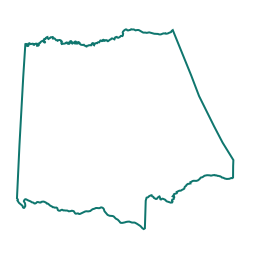 the district of Apuí, Amazonas, Brazil, rotated 93°
{"feature_id": "56859067B24093092109347", "entity_name": "Apuí", "entity_type": "district", "adm_level": 2, "iso_a3": "BRA", "parent_name": "Brazil", "parent_adm1": "Amazonas", "projection": "robinson", "projection_center": [-59.713, -7.593], "detail": "fine", "context": "isolated", "style": "outline", "palette": "teal", "viewbox_px": 256, "rotation_deg": 93, "n_neighbors": 0, "source": "geoboundaries", "source_scale": "gbopen_adm2", "svg_char_len": 5762}
<svg xmlns="http://www.w3.org/2000/svg" viewBox="0 0 256 256"><g transform="rotate(93 128 128)"><path d="M46.3,191.4L46.3,190.8L46.5,190.7L47.0,191.1L47.1,192.2L46.9,192.4L46.6,193.2L46.1,193.4L45.8,193.6L45.8,193.8L46.2,194.6L46.6,194.9L47.0,195.5L47.2,197.1L47.6,198.5L46.8,199.0L46.5,198.9L46.2,198.6L45.9,198.6L45.2,199.3L44.8,199.2L44.7,199.0L44.0,199.8L43.7,200.9L43.8,201.7L44.1,202.1L44.2,202.7L44.5,202.9L44.3,203.2L44.0,203.3L44.1,204.3L42.5,205.9L42.2,206.7L42.3,207.0L42.6,207.3L42.6,207.7L41.7,208.0L41.4,207.8L41.1,207.9L41.1,208.2L41.4,209.0L41.4,209.8L41.6,210.1L42.2,210.6L42.7,211.8L43.1,211.8L43.3,212.0L43.2,212.2L42.6,212.7L42.3,213.2L41.4,213.3L41.6,213.8L42.3,214.7L43.3,215.0L43.5,215.2L43.4,215.7L43.4,216.2L44.4,216.7L44.7,216.8L45.1,216.5L45.5,216.5L46.2,215.5L46.6,215.3L46.9,215.4L47.0,215.7L46.9,216.0L46.4,216.7L45.7,217.0L45.4,217.7L45.8,218.6L46.7,219.8L47.6,220.2L47.8,221.0L48.5,221.1L49.1,222.3L49.3,222.4L49.3,221.9L49.5,221.6L49.8,221.5L50.1,221.5L50.6,222.3L50.6,223.1L50.2,223.1L49.5,223.3L49.3,223.3L49.1,223.0L48.8,223.1L48.6,223.3L48.6,224.2L48.6,224.5L49.0,225.1L49.0,225.8L49.3,225.5L49.5,225.6L49.7,225.8L49.9,226.1L49.8,226.6L49.5,226.6L49.0,226.3L49.0,227.1L48.8,227.5L48.9,227.8L49.0,228.5L49.3,229.4L49.2,230.1L48.6,230.6L48.5,230.9L48.9,231.7L49.9,231.7L50.4,232.0L50.8,231.7L51.2,231.9L51.4,232.4L51.3,233.0L51.1,233.5L50.7,233.6L49.7,233.3L49.5,233.5L49.4,234.4L49.6,234.9L82.4,235.3L150.7,235.5L204.1,235.2L205.1,234.3L205.7,234.2L206.2,234.6L208.4,233.0L211.0,229.6L211.5,229.2L212.8,228.7L213.2,228.1L213.1,227.4L211.3,226.5L209.3,226.7L208.7,226.9L208.2,227.1L207.1,227.9L206.5,228.2L205.4,227.7L204.8,227.3L204.5,226.6L204.6,225.9L205.5,224.0L206.4,221.4L207.2,220.2L207.4,218.9L207.7,218.2L208.2,217.7L208.3,217.0L208.0,216.3L207.6,215.7L207.1,215.3L206.7,214.8L206.7,213.7L206.9,212.9L207.1,211.9L206.9,211.1L206.3,210.7L205.9,208.8L206.1,207.6L207.1,205.4L207.4,205.4L207.7,205.1L207.9,203.7L209.5,201.8L210.5,199.6L211.0,199.1L211.0,198.1L211.4,196.9L211.2,195.5L211.4,194.9L211.8,194.4L213.3,193.9L213.8,193.5L214.1,192.9L214.2,192.2L214.1,191.4L213.3,190.3L213.1,189.6L213.3,188.9L213.7,188.3L213.6,186.9L213.7,186.2L213.6,184.8L213.7,184.1L214.3,182.7L213.9,180.6L213.6,180.0L213.6,179.3L213.9,177.9L216.0,176.3L216.3,175.6L216.0,174.1L215.9,173.4L216.3,172.7L216.4,172.0L216.2,171.2L213.6,166.4L213.3,165.0L213.4,163.5L212.9,161.4L211.0,159.2L210.3,157.2L209.6,155.9L209.5,155.2L209.6,152.9L209.5,152.2L208.8,151.0L208.7,150.3L208.9,149.5L209.2,148.9L209.7,148.3L210.3,147.9L212.2,147.2L212.7,146.8L215.8,143.9L216.1,143.2L216.6,141.8L216.7,138.9L216.9,138.1L217.2,137.5L219.1,135.5L220.1,133.4L222.0,131.4L222.6,131.0L223.0,130.5L223.1,129.8L223.0,128.4L222.4,126.2L221.9,124.9L221.6,123.5L221.4,121.9L222.2,119.2L222.2,118.4L222.1,116.8L222.2,116.1L223.2,114.0L225.3,110.4L227.4,108.3L228.1,107.0L227.3,105.9L199.7,106.5L196.6,105.8L196.1,104.4L195.7,103.9L195.1,103.5L194.8,103.0L194.1,101.7L193.9,100.9L194.6,100.6L195.1,100.1L195.3,99.3L195.9,98.7L196.4,98.5L197.4,96.5L197.3,95.7L196.8,95.1L196.1,94.8L195.0,93.6L194.7,93.0L195.4,92.6L197.5,91.9L197.7,91.3L196.8,90.1L196.9,89.2L197.8,86.9L198.3,86.7L199.2,85.5L200.3,81.4L200.0,80.0L199.2,79.7L198.6,80.2L197.9,80.3L197.2,80.0L197.0,79.2L196.5,78.6L195.7,78.6L195.1,78.2L194.5,78.3L193.9,79.8L193.3,79.4L193.2,78.6L192.6,78.8L191.8,78.7L191.4,78.1L190.6,75.9L190.0,75.7L189.3,76.0L187.9,73.4L187.8,72.0L187.0,70.9L186.0,69.1L185.5,68.6L184.2,68.4L183.6,68.0L182.7,67.0L181.5,66.4L181.2,65.7L180.7,65.3L180.5,64.0L180.1,63.4L180.1,62.7L179.5,62.7L178.8,62.8L178.6,62.1L178.2,61.7L177.5,60.5L177.3,59.8L177.2,56.9L176.7,55.5L175.4,54.0L173.7,52.7L173.3,51.3L172.6,50.2L171.7,49.2L171.0,46.6L171.0,43.7L171.2,43.1L171.2,42.4L170.6,40.4L170.6,39.6L170.4,38.9L170.8,38.4L170.7,36.9L171.1,36.3L171.1,34.8L171.4,34.1L171.4,33.5L172.0,32.2L172.5,31.7L172.7,30.3L173.5,28.4L173.5,27.7L173.7,27.0L173.6,25.6L173.4,24.1L172.5,22.2L172.7,21.5L172.0,20.5L160.6,21.0L154.5,21.1L137.6,32.8L121.5,42.3L92.4,58.7L72.3,67.6L27.9,88.4L28.5,89.2L29.0,89.6L30.0,90.1L30.7,91.8L31.5,93.2L31.9,95.0L31.4,95.6L31.7,96.5L31.7,97.7L32.8,100.1L32.9,101.2L32.8,102.1L32.5,103.0L32.5,106.7L31.4,111.7L31.5,112.4L31.8,113.3L32.0,114.6L31.8,115.7L31.9,117.7L31.8,118.1L29.8,122.0L29.6,122.8L29.7,124.1L30.1,125.6L29.3,127.3L29.4,129.3L29.2,130.0L29.8,130.6L30.6,133.1L30.4,133.9L29.7,134.6L29.7,135.5L30.5,136.7L32.0,138.0L32.8,138.3L33.4,138.2L34.0,137.8L34.9,137.9L35.8,138.0L36.5,138.4L36.5,138.7L36.3,139.6L36.4,139.9L37.7,141.1L38.4,142.5L38.2,143.6L38.1,143.9L37.8,143.8L37.6,144.0L38.0,145.2L38.3,145.6L40.2,146.2L40.1,146.5L39.7,147.2L39.4,148.4L39.5,149.1L40.4,149.8L40.8,150.7L42.3,152.4L42.4,152.7L42.3,153.0L41.6,153.5L41.4,154.3L41.4,154.6L41.7,154.8L41.7,155.4L41.6,155.8L42.1,155.9L42.2,156.2L41.5,156.6L41.2,157.3L41.5,157.8L42.3,157.8L42.5,158.3L42.6,158.8L42.4,159.2L42.1,159.5L42.0,159.9L42.1,160.2L43.9,161.2L43.8,161.7L44.0,162.5L44.9,163.2L44.9,163.5L44.7,164.0L44.8,164.3L45.3,164.8L45.5,165.4L46.0,165.8L47.1,166.2L46.9,166.5L46.6,166.7L45.2,166.9L45.1,167.6L45.1,167.9L45.5,168.3L46.2,168.7L47.0,168.8L47.4,169.2L47.2,169.9L47.4,170.5L47.3,171.2L47.8,172.0L48.1,173.3L48.8,173.6L48.8,173.9L48.4,174.3L47.9,175.9L47.2,176.4L47.5,178.2L47.3,178.8L47.2,179.6L46.2,180.9L45.7,180.7L45.5,180.8L44.8,181.8L44.8,182.2L45.3,183.2L45.4,182.9L45.5,182.1L45.8,182.0L46.1,182.4L46.3,182.8L46.4,184.2L46.3,185.0L46.4,185.4L46.1,185.9L45.8,185.9L44.8,184.9L44.5,184.8L44.4,185.2L45.4,186.4L46.0,187.6L46.6,187.9L46.6,188.1L46.1,188.7L45.8,188.8L45.2,188.4L44.2,189.5L44.4,190.2L44.8,190.4L45.4,190.5L45.9,190.9L46.0,191.3L46.3,191.4ZM46.3,191.4L45.9,192.1L46.1,192.3L46.4,192.1L46.5,191.8L46.3,191.4Z" fill="none" stroke="#0f766e" stroke-width="2"/></g></svg>